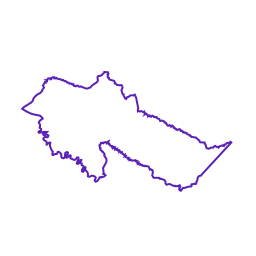 outline of Inírida, Guainía, Colombia, rotated 242°
{"feature_id": "7082276B88046455152973", "entity_name": "Inírida", "entity_type": "district", "adm_level": 2, "iso_a3": "COL", "parent_name": "Colombia", "parent_adm1": "Guainía", "projection": "natural_earth1", "projection_center": [-68.552, 3.202], "detail": "fine", "context": "isolated", "style": "outline", "palette": "violet", "viewbox_px": 256, "rotation_deg": 242, "n_neighbors": 0, "source": "geoboundaries", "source_scale": "gbopen_adm2", "svg_char_len": 5826}
<svg xmlns="http://www.w3.org/2000/svg" viewBox="0 0 256 256"><g transform="rotate(242 128 128)"><path d="M96.9,81.1L96.4,84.1L96.7,85.9L98.6,85.5L99.0,84.6L100.6,85.8L104.4,87.2L108.1,92.9L110.0,94.1L111.4,94.5L112.5,94.1L114.0,94.4L114.6,94.0L116.0,95.0L118.9,94.6L119.5,93.9L120.0,94.2L121.8,93.4L123.0,94.3L123.4,93.8L125.7,94.5L126.0,95.3L126.5,95.2L127.0,96.8L127.5,97.2L126.8,98.2L126.9,98.6L126.1,99.1L126.5,100.1L126.1,100.6L126.2,101.4L125.2,102.1L125.3,103.5L124.7,102.9L124.8,103.7L124.5,103.3L124.2,103.8L123.7,103.6L123.0,104.0L122.7,103.5L121.7,104.1L120.9,104.0L120.1,104.7L119.0,104.8L119.4,105.0L119.3,105.6L119.0,105.6L117.9,106.8L117.9,106.3L117.5,106.1L117.5,107.0L117.0,107.2L116.8,106.8L116.7,107.2L116.2,107.2L116.1,106.8L115.7,107.0L115.0,106.5L114.8,108.2L114.4,107.7L113.3,108.2L113.3,108.8L112.9,108.8L112.6,109.6L112.2,109.3L112.0,109.9L111.3,110.0L111.0,109.6L111.0,110.0L110.0,110.2L109.8,110.9L109.3,110.3L108.5,111.2L107.8,111.0L107.5,111.4L106.0,111.8L106.0,112.4L105.7,112.1L105.1,112.6L104.7,112.2L104.5,112.6L104.3,112.1L104.2,112.4L103.6,112.3L102.5,112.9L101.6,114.2L101.5,113.8L101.2,114.0L100.5,113.6L100.4,114.0L99.3,114.0L99.7,114.8L99.0,115.4L98.5,115.2L98.1,116.0L97.3,116.1L96.2,119.2L95.3,119.1L95.3,120.0L94.1,120.9L93.0,119.7L92.1,120.1L92.1,120.4L91.9,120.2L91.9,120.6L91.6,120.3L90.7,120.7L90.5,121.5L90.1,121.2L89.4,122.4L88.8,122.4L88.7,123.2L87.4,123.5L87.1,124.4L86.7,124.6L86.7,125.3L86.2,125.4L85.1,127.3L84.1,128.1L81.1,127.7L80.9,128.8L79.8,129.1L79.5,129.7L77.4,129.3L74.7,127.1L72.1,127.2L69.2,132.3L67.9,132.4L67.8,133.1L65.3,135.5L64.3,135.9L62.7,135.8L61.2,135.0L59.7,135.6L59.4,137.6L58.8,138.7L55.3,141.2L55.0,142.3L54.1,142.7L53.5,144.6L53.0,145.0L53.3,146.5L52.8,146.9L51.7,146.7L51.6,146.0L50.0,144.6L49.8,144.9L48.8,144.4L48.5,144.7L48.7,145.4L47.9,145.5L49.3,148.5L48.6,149.6L47.7,154.3L46.8,155.9L46.8,156.7L48.2,157.3L48.5,158.0L47.6,159.7L47.7,160.5L46.7,161.5L47.5,162.8L48.6,163.3L49.0,164.3L51.6,166.5L52.0,167.4L52.2,168.3L51.7,170.4L52.2,171.0L66.7,212.4L67.7,212.0L67.3,210.9L68.4,208.2L67.6,206.4L68.1,205.4L67.2,204.4L67.8,204.1L67.6,203.5L68.3,203.3L68.7,201.3L68.8,200.2L68.3,198.8L68.9,198.9L69.8,197.2L71.2,196.7L71.3,195.5L70.7,194.0L71.7,192.3L71.7,189.7L73.3,187.9L77.3,188.7L78.1,188.3L79.2,188.8L81.4,185.1L82.2,184.8L83.6,185.2L84.1,184.7L87.4,183.6L88.2,182.9L88.3,182.4L89.8,180.9L90.4,179.7L92.2,179.6L92.3,178.9L93.5,178.6L95.0,177.2L96.0,177.4L97.0,176.1L97.5,176.1L97.5,175.4L98.3,174.6L99.0,174.9L99.9,174.0L99.9,174.4L100.5,174.2L101.1,173.3L102.2,173.4L102.9,172.7L102.7,172.1L103.2,171.6L103.1,170.8L103.8,169.9L104.7,170.0L105.1,169.3L105.8,169.4L106.4,168.6L107.4,168.9L107.6,168.5L108.5,168.6L109.1,168.0L109.0,167.2L109.4,167.5L109.4,167.0L110.4,166.4L110.6,165.6L111.1,165.8L111.4,164.2L113.1,163.8L114.1,164.1L114.8,163.8L114.9,163.3L116.0,162.9L116.5,163.2L118.6,161.6L119.1,159.7L121.2,159.8L123.4,158.0L124.3,158.3L125.4,156.1L126.5,156.0L127.5,155.2L127.1,153.7L127.6,153.6L128.0,152.9L128.7,153.0L128.7,152.2L129.2,152.1L129.1,151.5L129.6,151.9L130.0,151.5L130.0,150.6L130.2,151.1L131.1,151.1L132.1,150.2L132.1,149.5L132.6,150.4L133.1,149.9L134.0,150.2L133.6,149.8L134.0,149.4L134.8,149.9L134.8,148.9L136.7,147.7L137.0,146.1L138.4,145.3L138.3,144.7L140.1,145.6L140.9,146.4L151.0,149.4L154.3,149.6L154.2,148.2L155.5,145.9L155.6,144.9L155.2,143.1L155.6,141.7L154.5,140.0L155.4,139.4L159.2,139.4L159.9,139.9L160.5,139.3L161.4,139.3L164.4,139.9L166.1,142.1L168.4,142.6L168.9,142.4L169.7,140.6L171.5,138.3L173.1,138.0L173.6,137.2L174.6,137.9L176.2,137.8L179.3,134.6L180.8,134.3L181.4,134.7L181.8,134.1L182.8,134.0L184.1,135.1L184.7,135.0L185.0,136.2L186.6,136.5L188.5,133.5L188.0,133.3L187.6,130.9L187.0,130.1L187.1,127.7L187.6,127.1L187.8,125.7L187.3,125.0L184.1,123.7L183.1,122.4L182.3,115.7L181.4,113.8L181.9,112.1L181.7,111.1L182.7,109.3L186.9,105.8L187.0,104.9L187.8,103.9L188.8,103.8L189.5,102.5L189.3,101.5L189.6,101.0L190.2,100.8L190.5,100.1L192.1,100.3L192.0,99.7L192.5,99.2L193.3,99.3L194.3,98.2L194.3,97.5L194.7,97.0L195.8,97.0L196.7,95.6L197.7,95.5L198.9,94.7L199.1,94.0L199.5,94.0L200.4,93.1L200.9,93.2L201.6,91.7L202.7,91.4L204.6,88.8L206.0,88.2L205.7,87.4L206.4,86.3L206.8,86.8L207.5,86.7L207.5,85.9L208.1,85.4L208.2,84.6L208.0,83.6L207.1,83.1L207.4,82.5L208.2,83.0L209.3,80.7L208.6,79.7L208.8,78.7L208.3,79.2L207.2,78.5L207.6,78.0L207.4,77.4L207.6,76.6L206.9,76.4L207.3,76.0L205.5,72.9L203.1,72.8L202.0,70.4L201.0,69.6L200.1,66.7L200.1,63.3L199.6,61.3L198.5,58.5L196.9,56.9L196.0,54.9L195.3,45.6L194.6,43.6L190.3,46.1L185.5,49.7L180.1,56.2L176.8,57.2L176.3,57.1L175.9,53.6L174.8,51.8L172.3,51.9L171.0,51.3L169.7,50.1L168.1,50.8L167.2,50.6L166.6,49.8L166.9,48.0L166.4,47.0L165.5,47.3L163.9,52.3L162.5,54.6L162.2,53.6L163.1,51.3L162.6,50.1L161.4,50.2L160.9,50.7L160.4,53.0L159.6,53.8L158.7,54.2L157.9,53.5L157.6,52.6L158.7,51.1L159.0,49.9L158.7,48.7L158.1,48.1L157.0,48.1L154.3,49.6L153.2,49.4L151.6,48.4L151.4,49.1L152.1,50.4L152.0,52.0L151.5,52.5L148.9,50.6L145.0,50.2L142.2,50.4L140.6,48.9L139.6,48.8L139.2,49.3L139.4,51.2L138.6,52.7L138.7,53.4L139.8,54.6L139.4,55.8L136.3,56.9L134.1,55.6L133.0,55.5L131.6,56.7L131.6,57.7L132.2,58.6L135.4,60.9L135.6,62.1L135.2,63.1L134.4,63.4L133.8,63.1L132.1,60.0L130.7,59.7L130.4,61.3L131.3,62.8L130.9,64.3L130.2,64.4L129.1,63.2L128.2,63.0L125.0,65.6L124.8,67.1L125.9,69.0L125.3,70.3L123.9,69.8L121.1,66.3L120.1,66.4L119.8,67.0L119.9,68.0L121.7,70.3L122.0,71.0L121.8,71.8L121.2,71.5L120.3,69.6L119.6,69.2L118.5,70.5L117.0,69.7L115.4,70.8L114.5,70.8L112.7,67.7L111.3,67.0L110.5,67.6L110.5,68.5L111.1,69.3L112.6,69.8L113.5,70.7L113.5,71.7L113.1,72.0L111.4,70.6L108.1,71.4L106.6,71.2L104.1,69.9L103.0,71.2L102.9,73.5L102.3,74.7L100.6,76.0L99.2,76.2L97.3,73.9L95.8,74.2L95.6,76.2L97.7,80.0L97.5,81.1L96.9,81.1Z" fill="none" stroke="#5b21b6" stroke-width="2"/></g></svg>